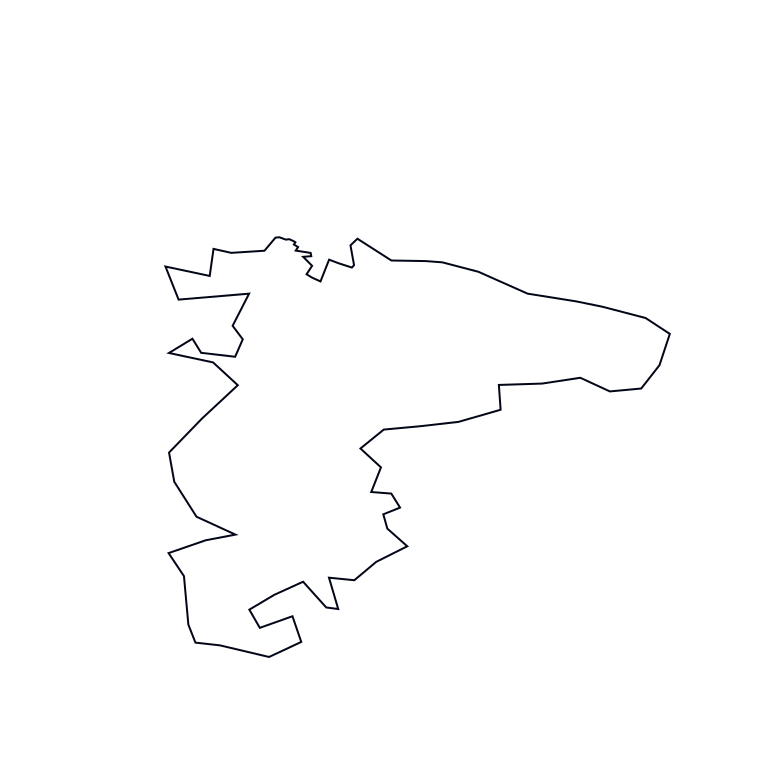 outline of Yukarichirchik, Tashkent, Uzbekistan, rotated 65°
{"feature_id": "79887680B57714411837097", "entity_name": "Yukarichirchik", "entity_type": "district", "adm_level": 2, "iso_a3": "UZB", "parent_name": "Uzbekistan", "parent_adm1": "Tashkent", "projection": "albers", "projection_center": [69.455, 41.216], "detail": "fine", "context": "isolated", "style": "outline", "palette": "ink", "viewbox_px": 768, "rotation_deg": 65, "n_neighbors": 0, "source": "geoboundaries", "source_scale": "gbopen_adm2", "svg_char_len": 1221}
<svg xmlns="http://www.w3.org/2000/svg" viewBox="0 0 768 768"><g transform="rotate(65 384 384)"><path d="M323.3,517.0L338.3,563.3L355.3,607.8L384.0,615.4L425.1,610.0L457.7,582.3L450.3,611.5L446.2,650.7L473.6,646.5L519.4,663.0L538.7,664.2L551.5,643.2L582.8,603.6L582.8,568.0L555.8,565.1L552.5,599.6L531.6,601.4L528.7,572.5L529.0,540.9L562.1,530.8L568.6,520.6L536.3,515.7L549.3,493.8L541.9,466.2L540.9,431.5L516.5,442.1L501.8,439.7L502.8,421.7L486.4,423.7L476.5,441.2L458.3,422.0L432.5,432.6L425.2,403.5L437.4,369.5L449.8,332.5L456.6,289.2L433.4,280.3L450.4,240.6L461.3,203.5L486.2,182.4L496.8,152.8L483.4,126.4L459.4,103.8L434.8,119.0L406.2,153.5L390.2,175.1L362.8,215.7L322.2,251.0L298.4,279.7L290.2,294.3L275.2,325.1L241.1,346.7L244.2,355.8L263.6,360.9L264.9,363.9L255.2,374.3L248.1,381.2L264.2,398.2L257.5,404.0L251.8,407.8L246.5,399.2L234.6,403.5L237.4,395.9L234.2,395.1L225.8,407.6L223.6,404.0L219.5,406.7L218.1,404.4L216.4,405.5L212.7,408.7L211.7,411.9L206.8,416.8L205.5,420.5L212.7,436.0L200.6,467.0L189.5,481.4L212.4,496.3L185.2,532.4L220.7,534.5L245.1,468.1L267.3,496.6L283.8,493.1L296.4,507.4L278.5,536.5L262.0,538.5L265.0,565.8L292.2,529.8L323.3,517.0Z" fill="none" stroke="#020617" stroke-width="2"/></g></svg>